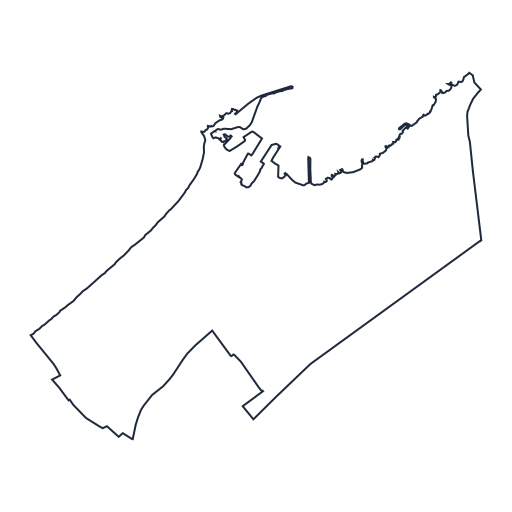 Al Dikhila, Al Iskandariyah, Egypt (Mercator projection)
{"feature_id": "37247803B81947016112808", "entity_name": "Al Dikhila", "entity_type": "district", "adm_level": 2, "iso_a3": "EGY", "parent_name": "Egypt", "parent_adm1": "Al Iskandariyah", "projection": "mercator", "projection_center": [29.797, 31.119], "detail": "fine", "context": "isolated", "style": "outline", "palette": "slate", "viewbox_px": 512, "rotation_deg": 0, "n_neighbors": 0, "source": "geoboundaries", "source_scale": "gbopen_adm2", "svg_char_len": 6016}
<svg xmlns="http://www.w3.org/2000/svg" viewBox="0 0 512 512"><path d="M480.7,240.8L481.3,240.4L472.9,171.3L470.2,145.0L469.8,141.6L468.3,135.4L467.1,116.0L467.5,111.9L470.2,104.8L473.1,98.8L477.5,93.2L480.9,89.5L474.4,82.5L472.7,75.3L469.2,72.8L468.4,73.8L463.8,77.3L463.4,79.5L462.3,81.5L460.9,82.0L458.7,81.6L458.3,81.9L457.9,83.3L456.9,84.8L455.6,85.6L454.7,85.8L451.5,84.6L451.2,84.2L451.5,83.0L450.9,82.4L450.3,82.9L450.6,83.8L448.0,84.0L449.3,84.8L450.6,84.8L451.4,85.8L451.3,87.5L451.0,88.3L450.1,89.7L448.6,90.8L446.7,90.9L444.9,92.5L443.3,93.1L442.3,93.0L442.0,91.9L440.8,90.2L440.4,90.1L440.4,91.7L439.4,93.0L437.8,94.2L436.0,94.8L436.1,95.8L435.7,96.9L434.9,97.3L433.9,96.8L433.9,97.2L435.8,98.8L436.0,99.3L435.7,101.7L434.0,104.6L433.3,105.4L432.7,105.3L431.3,109.7L430.6,111.3L430.2,111.2L429.9,111.8L430.0,112.2L429.4,113.0L428.1,114.0L427.7,113.8L425.9,115.4L424.5,115.6L423.7,114.7L423.3,115.0L423.1,115.2L423.0,116.4L418.9,119.0L418.4,120.0L417.4,120.8L416.9,122.2L411.9,125.8L411.2,125.9L408.0,123.9L406.1,123.3L404.9,123.6L399.8,127.6L399.1,128.2L398.9,129.0L399.1,129.3L400.3,129.2L404.9,124.8L406.2,124.6L407.6,124.7L406.6,126.3L407.5,125.5L409.1,126.6L407.7,128.6L406.1,127.3L402.6,130.9L403.0,132.0L402.0,133.4L401.6,133.8L400.4,133.9L399.8,134.7L399.3,136.1L399.6,136.5L398.9,137.1L399.5,137.7L399.3,138.5L398.6,139.0L397.5,138.8L397.1,139.4L397.5,139.8L396.3,139.9L396.2,140.8L395.4,142.1L393.2,142.0L393.5,142.9L393.3,143.7L392.2,143.9L391.4,145.2L389.1,145.5L388.8,145.8L389.3,146.4L387.7,147.6L386.0,146.0L385.5,146.2L385.5,147.0L386.4,148.6L386.1,150.3L382.9,152.9L379.8,153.8L379.8,155.4L379.1,156.5L378.3,157.2L377.3,156.6L375.5,156.6L375.2,157.5L374.6,157.7L375.0,158.1L374.3,160.0L373.5,160.2L372.9,159.9L372.9,160.6L372.3,161.2L368.0,162.5L367.5,163.3L365.5,163.6L363.7,163.7L363.3,163.4L362.6,160.1L362.7,159.4L361.9,159.5L361.5,160.9L362.5,164.4L361.9,165.7L362.2,167.5L361.4,168.6L359.5,169.7L353.0,172.2L347.2,172.9L345.1,172.6L343.1,171.8L342.5,169.5L342.0,169.1L340.1,170.1L341.3,171.3L340.9,172.6L339.6,173.3L338.3,172.2L338.6,173.2L338.3,173.6L336.3,174.0L335.3,173.9L335.6,175.1L334.4,175.8L334.4,176.4L334.0,176.9L333.0,176.8L332.9,175.4L331.9,174.9L331.6,175.9L332.5,177.1L332.6,178.0L332.3,178.8L331.5,179.5L330.7,179.4L330.3,178.4L327.8,177.7L325.9,178.8L326.8,180.5L326.6,181.3L325.6,182.0L324.3,181.6L323.8,182.8L322.5,183.9L319.8,184.7L316.7,184.5L314.6,185.2L311.8,183.9L310.9,182.9L310.3,168.9L310.4,158.7L310.0,158.0L308.4,157.1L308.2,158.0L308.9,182.8L306.4,183.6L304.4,185.2L303.5,185.4L302.3,185.0L295.4,182.6L292.3,180.1L286.8,174.2L286.5,174.5L285.3,173.2L285.2,173.4L286.3,174.6L286.0,174.9L284.8,173.7L284.6,173.9L285.8,175.1L284.3,176.8L282.1,178.4L280.2,178.1L278.6,177.3L278.1,176.7L278.5,165.5L275.2,163.7L271.5,160.9L273.1,157.6L280.3,146.5L279.5,146.0L279.1,146.3L279.3,145.8L277.1,144.2L276.0,143.8L271.6,145.0L260.8,161.6L263.6,163.4L263.9,164.0L262.9,165.4L261.7,167.9L260.3,169.5L259.8,171.7L257.1,176.3L253.9,181.3L251.7,183.4L250.4,185.8L248.5,187.2L246.4,187.4L245.1,186.4L241.9,185.0L241.2,184.0L241.6,183.2L240.6,182.1L241.3,181.2L241.3,180.7L241.9,179.6L241.2,178.5L238.7,176.8L239.0,176.4L238.5,176.1L238.1,176.6L236.5,175.3L235.8,175.2L234.7,173.5L235.2,172.4L241.1,164.0L241.7,165.1L242.4,165.0L243.6,161.6L247.9,153.6L248.5,153.6L251.3,155.4L252.3,154.3L262.0,138.5L253.4,131.9L251.9,131.6L243.6,137.1L245.1,140.0L244.8,141.0L237.3,146.3L229.6,151.0L227.3,149.9L225.9,148.8L224.3,146.6L223.8,145.1L230.5,138.1L230.4,137.6L231.6,136.4L230.7,135.5L229.5,136.5L227.8,136.6L225.1,134.3L224.2,134.3L223.7,134.7L224.3,135.3L224.4,136.7L226.3,138.2L227.0,139.1L225.1,141.2L224.0,141.4L223.3,142.2L222.7,141.6L221.9,141.8L220.0,139.8L220.9,138.5L220.7,138.2L219.5,139.4L218.4,138.3L215.7,137.4L213.5,138.3L212.4,137.0L211.3,134.7L211.1,133.5L214.6,131.1L215.0,131.2L214.9,131.0L217.8,129.0L220.8,129.7L224.1,128.7L231.2,129.2L237.4,127.2L239.2,127.0L240.3,127.3L243.2,129.3L246.2,128.7L250.1,124.9L251.8,122.1L257.4,106.6L259.4,102.5L261.3,97.6L264.3,96.2L265.4,96.2L266.8,94.9L269.4,94.1L272.7,93.2L273.5,93.5L274.4,93.3L275.9,92.4L280.3,91.1L282.1,91.1L283.5,90.2L287.4,89.1L292.4,88.2L292.6,86.8L291.7,86.3L290.8,86.3L261.4,95.6L256.8,97.7L248.5,103.5L235.5,114.3L235.0,113.8L235.3,113.5L235.6,113.8L237.5,112.1L236.8,111.5L237.0,110.5L235.6,109.9L234.5,109.9L233.4,109.1L232.0,108.9L231.7,109.6L232.0,111.2L231.1,111.6L230.1,113.1L228.1,113.7L226.8,113.2L226.0,113.4L224.5,115.0L222.0,116.4L220.0,115.7L220.4,117.0L221.3,117.2L222.4,118.3L222.6,118.0L222.4,117.3L223.3,117.5L223.0,118.6L221.8,119.7L219.6,120.3L215.6,123.0L213.4,126.0L212.4,126.4L211.1,125.9L210.6,126.6L210.0,126.6L207.9,125.8L207.7,126.2L208.2,127.6L207.2,129.4L205.6,130.0L205.0,131.1L204.0,131.9L201.3,131.6L201.4,132.2L204.0,135.9L205.3,140.0L204.3,143.6L203.8,146.9L204.0,152.4L202.6,159.3L200.3,167.2L199.0,170.0L197.6,171.9L197.3,173.4L194.2,178.7L189.2,185.7L188.4,187.7L186.2,189.9L184.6,192.8L178.4,201.1L170.7,209.4L169.3,210.3L165.8,214.2L164.5,216.4L157.7,222.3L156.1,224.7L153.0,227.8L150.9,230.5L145.1,235.2L144.0,237.4L135.3,244.4L131.2,247.2L128.5,250.6L123.8,255.5L120.5,258.0L115.9,262.3L114.6,264.3L107.9,269.8L105.7,271.9L105.0,273.0L101.7,275.2L87.2,288.2L82.9,291.1L79.9,294.3L76.7,297.1L73.5,301.0L67.9,305.0L65.3,307.3L60.1,310.8L59.4,312.2L57.8,313.7L55.4,315.6L53.8,316.3L51.2,319.1L49.1,320.5L44.7,324.5L42.0,326.1L39.4,328.8L35.3,331.3L33.6,333.7L30.7,335.2L36.4,342.9L53.7,364.1L56.3,368.2L60.2,375.4L52.1,379.6L59.2,387.7L68.6,400.4L69.7,399.7L73.4,405.0L86.0,418.0L99.4,426.4L102.8,428.2L106.9,426.2L118.7,436.8L122.8,433.2L132.3,439.2L132.7,439.2L135.8,424.4L138.0,417.4L141.1,409.7L143.8,405.5L152.3,394.8L163.1,386.3L169.6,379.1L173.3,374.3L183.0,359.5L187.3,353.6L195.4,345.3L212.2,330.6L230.5,355.6L231.5,356.1L233.4,354.5L234.1,354.7L240.8,361.6L258.5,387.0L261.1,390.3L262.4,390.7L263.0,391.2L242.7,406.2L253.4,419.3L276.1,396.8L310.4,364.0L480.1,240.9L480.7,240.5L480.7,240.8Z" fill="none" stroke="#1e293b" stroke-width="2"/></svg>